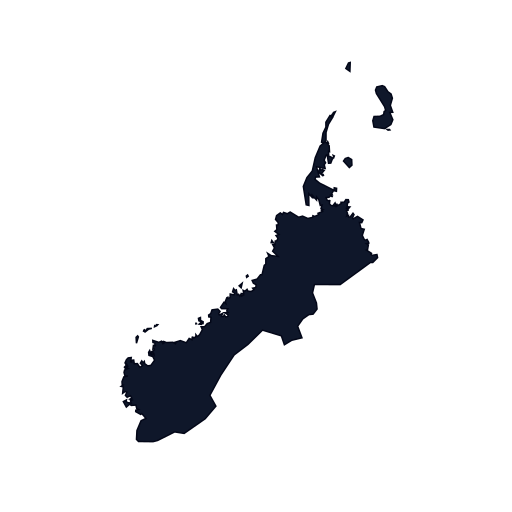 the district of Eastern Samar, Eastern Samar, Philippines, rotated 234°
{"feature_id": "2640588B94499067384006", "entity_name": "Eastern Samar", "entity_type": "district", "adm_level": 2, "iso_a3": "PHL", "parent_name": "Philippines", "parent_adm1": "Eastern Samar", "projection": "mercator", "projection_center": [125.55, 11.519], "detail": "fine", "context": "isolated", "style": "filled", "palette": "ink", "viewbox_px": 512, "rotation_deg": 234, "n_neighbors": 0, "source": "geoboundaries", "source_scale": "gbopen_adm2", "svg_char_len": 6101}
<svg xmlns="http://www.w3.org/2000/svg" viewBox="0 0 512 512"><g transform="rotate(234 256 256)"><path d="M201.9,68.1L200.8,67.2L195.6,69.6L195.7,71.0L189.3,71.5L190.3,66.2L184.8,57.1L177.9,51.5L175.0,51.9L166.3,63.6L164.6,67.9L161.5,86.8L154.7,93.6L154.2,119.2L158.1,135.3L170.4,136.8L180.4,157.7L188.8,180.2L189.2,197.5L192.2,217.7L176.5,229.6L167.5,226.8L166.8,235.4L162.8,245.1L174.7,248.4L177.6,256.9L177.5,264.3L175.4,268.0L177.2,274.2L182.5,277.3L192.9,280.0L198.6,286.5L183.4,307.3L183.5,344.8L182.1,346.6L183.2,353.4L186.1,354.7L188.3,350.3L190.0,349.9L190.3,351.0L195.9,348.8L195.5,349.9L198.8,353.3L201.1,352.6L199.9,354.6L200.8,355.2L204.1,355.6L204.4,353.9L205.7,353.3L210.2,354.1L214.0,359.3L216.5,357.1L222.3,359.4L220.8,361.1L222.3,363.8L228.4,361.4L228.9,356.5L230.1,356.4L231.9,359.6L233.6,359.6L232.2,355.0L233.3,353.8L234.6,354.8L234.9,354.4L235.1,352.9L236.7,355.1L239.7,355.8L238.9,357.4L239.8,358.0L242.0,356.7L240.0,358.8L240.5,360.8L242.3,358.7L244.9,361.0L245.0,362.9L247.3,363.8L248.8,361.9L247.7,359.0L249.5,356.3L248.4,355.8L248.8,350.8L249.3,351.2L249.3,349.4L250.5,348.6L250.0,352.5L250.9,350.8L252.5,351.2L251.5,347.7L252.9,346.3L255.1,346.1L257.9,348.7L257.4,347.6L259.4,346.3L262.1,347.1L260.6,349.5L260.9,351.6L258.8,352.8L261.4,352.5L260.7,353.7L261.9,353.8L263.5,357.6L277.6,350.3L283.4,348.8L284.8,350.6L282.7,353.8L292.7,357.4L286.2,363.4L289.8,364.9L290.5,367.1L293.4,367.4L296.3,371.8L295.5,374.5L298.1,376.2L297.2,376.8L302.2,380.0L305.6,379.7L305.7,380.9L303.8,380.7L306.3,381.2L305.7,380.2L307.6,378.7L307.3,372.6L300.7,361.7L291.7,351.5L289.5,343.3L284.5,335.2L267.9,326.7L265.8,328.5L275.4,335.3L271.9,335.7L272.7,336.1L272.9,337.3L269.7,337.4L270.8,336.7L269.9,336.0L268.5,337.6L265.7,337.9L268.2,339.8L264.9,340.0L259.1,337.7L258.4,339.4L256.1,336.4L254.1,337.5L254.5,335.8L252.9,336.0L254.1,331.3L252.9,331.4L252.8,329.7L253.5,326.8L255.1,325.7L253.9,324.7L255.9,320.0L260.9,317.1L262.3,313.3L271.5,309.5L271.8,306.2L275.1,303.9L274.0,301.8L276.6,301.0L276.6,296.4L274.1,293.3L269.9,293.6L268.2,292.2L269.0,290.8L265.1,288.4L264.9,285.7L259.9,287.2L260.8,284.2L257.4,284.2L256.1,281.7L256.8,280.4L253.9,278.0L255.2,276.2L251.7,275.7L250.1,272.3L242.7,273.6L247.4,268.5L251.3,267.0L248.0,266.2L248.1,262.4L243.6,259.1L243.6,257.2L237.3,249.8L238.2,248.6L236.7,243.3L238.5,238.5L235.5,237.9L232.7,239.2L230.6,237.3L231.9,234.4L229.9,234.6L230.1,231.3L232.3,228.8L234.3,229.2L234.0,226.4L235.8,225.4L232.7,224.0L233.8,222.6L231.7,222.9L232.0,220.8L233.9,221.3L233.0,219.3L235.3,219.4L235.6,218.0L240.2,220.2L240.5,218.8L242.8,218.7L240.8,216.0L238.3,217.0L237.5,215.3L240.4,212.8L237.6,210.6L238.2,208.1L239.2,208.9L239.4,207.9L237.1,204.2L235.2,203.6L237.4,202.9L235.3,197.1L233.6,197.2L229.9,202.2L229.1,200.4L227.6,199.7L226.8,200.4L226.6,200.4L228.5,197.4L224.8,198.8L223.7,197.7L224.4,195.7L227.1,195.7L226.1,194.2L227.4,192.5L229.2,195.2L229.9,191.7L231.3,191.9L232.2,194.3L235.5,193.9L238.3,188.8L236.0,185.5L236.1,183.0L234.5,182.0L233.0,183.5L232.8,183.5L229.0,180.3L230.0,176.8L229.0,172.8L231.0,170.0L227.9,169.3L225.4,164.0L225.3,161.2L227.6,161.1L226.3,160.2L226.3,159.4L225.8,159.2L226.3,157.3L227.2,157.4L227.6,157.2L227.8,156.7L225.9,155.0L228.6,153.5L226.8,148.6L232.0,145.1L234.0,139.3L231.4,139.6L235.1,138.0L238.6,132.7L241.3,131.0L241.6,129.7L239.7,130.5L239.8,129.1L242.6,129.5L243.3,126.6L248.4,122.9L246.6,121.8L244.9,123.1L243.3,121.7L242.0,122.3L244.0,120.5L241.3,117.9L240.9,119.1L239.6,118.5L239.9,115.5L237.5,116.1L235.8,115.3L237.6,114.9L237.2,113.9L237.6,113.7L239.2,114.4L239.0,113.4L242.0,114.4L241.2,112.5L238.5,111.0L235.3,113.4L231.3,112.7L229.3,106.6L230.8,103.8L234.3,102.7L236.4,103.7L236.0,101.9L238.3,101.9L237.2,99.4L234.0,99.8L234.2,96.6L238.7,96.8L240.4,94.2L243.7,95.9L244.8,94.0L243.2,93.0L244.1,92.3L247.2,95.4L248.7,92.7L248.3,90.3L246.5,87.2L243.9,86.9L243.4,84.2L241.8,84.2L242.9,85.5L242.0,86.2L243.8,87.7L241.9,87.4L241.4,85.4L240.2,86.3L241.0,82.7L239.4,80.8L236.3,79.6L234.1,81.8L235.9,78.0L233.1,73.7L230.5,72.1L230.2,72.1L230.1,72.6L229.7,72.8L229.8,70.3L228.1,71.7L223.3,67.4L223.3,70.5L221.7,71.5L220.0,68.4L217.5,68.7L216.7,72.3L214.0,72.0L214.3,69.8L212.3,71.1L212.6,69.3L210.3,68.7L212.8,66.0L214.8,65.4L215.7,66.5L216.2,63.1L210.0,62.3L210.4,66.6L208.4,67.3L206.0,71.2L202.8,69.9L200.8,70.8L201.9,68.1ZM291.9,451.1L298.9,453.2L303.5,459.1L307.7,460.5L311.3,459.3L317.4,459.6L319.6,458.3L321.8,453.1L320.0,450.2L316.7,448.9L301.2,447.8L297.5,446.4L297.6,444.6L295.4,442.4L296.1,438.5L299.5,433.5L296.8,430.0L291.0,427.2L283.5,434.9L283.1,442.4L285.8,446.8L293.5,448.6L291.9,451.1ZM309.5,375.9L308.1,376.7L308.1,380.4L314.8,385.3L320.0,392.1L322.9,399.0L324.5,398.5L325.5,399.0L326.2,398.5L323.2,391.2L319.2,388.3L316.0,382.4L309.5,375.9ZM281.4,382.6L272.7,383.5L273.1,387.0L277.8,390.1L281.5,388.5L282.4,385.5L281.4,382.6ZM288.4,369.2L287.2,371.1L290.2,375.7L295.8,372.9L288.4,369.2ZM357.8,444.3L354.9,438.9L350.2,440.5L357.2,446.0L357.8,444.3ZM287.4,356.3L284.0,356.7L285.2,361.5L287.1,360.4L287.1,358.7L289.4,359.2L287.4,356.3ZM237.1,171.7L235.1,173.1L232.9,172.4L232.4,173.4L233.9,174.6L236.5,173.3L238.9,174.9L239.4,172.8L237.1,171.7ZM259.7,120.9L259.9,126.1L258.7,129.2L261.2,125.4L259.7,120.9ZM262.9,357.5L261.1,359.1L263.4,361.0L265.2,359.4L262.9,357.5ZM260.7,111.2L255.7,108.0L259.7,113.3L261.0,113.3L260.7,111.2ZM241.8,224.8L239.0,225.3L242.1,228.8L241.8,224.8ZM325.4,400.6L324.1,401.2L326.1,405.0L326.6,403.1L325.4,400.6ZM257.9,276.1L256.2,277.9L259.3,277.9L257.9,276.1ZM244.2,235.9L244.2,237.8L245.6,238.0L245.5,236.4L244.2,235.9ZM324.5,398.7L323.1,399.1L323.3,400.0L325.4,400.1L324.5,398.7ZM292.0,377.6L290.1,377.0L290.9,378.2L292.0,377.6ZM283.7,356.7L281.7,357.2L281.6,358.0L282.5,358.2L283.7,356.7ZM261.9,121.7L260.9,120.3L262.1,123.0L261.9,121.7ZM234.5,171.6L234.3,170.0L233.1,171.3L234.5,171.6ZM258.2,136.1L259.0,135.1L258.3,133.9L257.9,134.7L258.2,136.1ZM237.5,168.0L236.3,167.5L236.2,168.0L237.5,168.0ZM281.2,436.5L280.2,436.8L279.3,438.4L279.9,438.4L281.2,436.5ZM258.2,133.3L259.1,133.0L258.4,132.3L258.2,133.3Z" fill="#0f172a" stroke="#020617" stroke-width="1.5"/></g></svg>